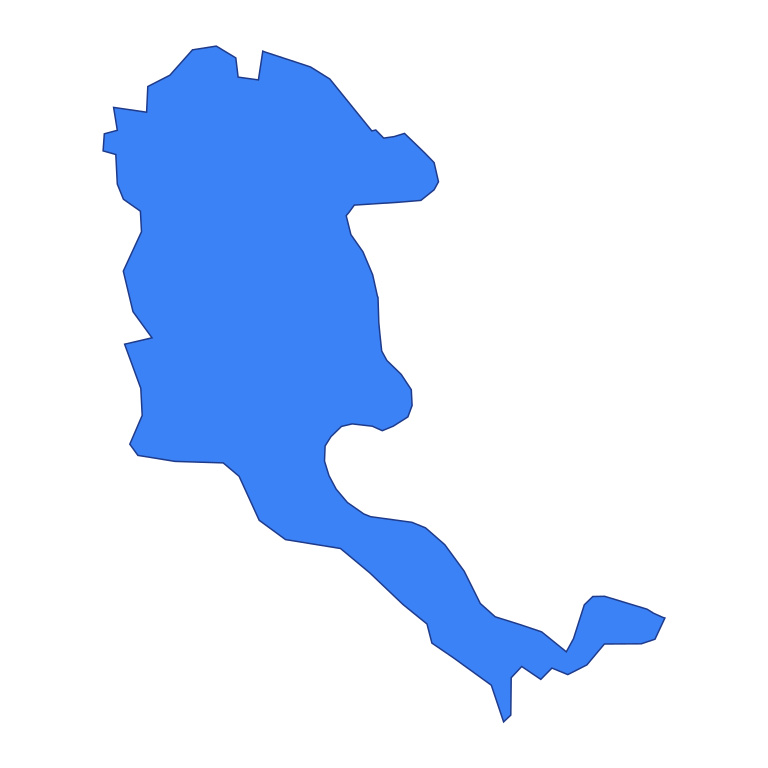 Amudarya, Karakalpakstan, Uzbekistan, rotated 180°
{"feature_id": "79887680B11316331959400", "entity_name": "Amudarya", "entity_type": "district", "adm_level": 2, "iso_a3": "UZB", "parent_name": "Uzbekistan", "parent_adm1": "Karakalpakstan", "projection": "mercator", "projection_center": [60.011, 42.124], "detail": "fine", "context": "isolated", "style": "filled", "palette": "blue", "viewbox_px": 768, "rotation_deg": 180, "n_neighbors": 0, "source": "geoboundaries", "source_scale": "gbopen_adm2", "svg_char_len": 1520}
<svg xmlns="http://www.w3.org/2000/svg" viewBox="0 0 768 768"><g transform="rotate(180 384 384)"><path d="M113.0,128.8L103.1,150.0L104.9,150.5L114.3,154.7L120.9,158.8L163.4,171.7L175.2,171.5L183.7,163.2L194.5,129.3L201.7,116.2L226.3,136.1L247.0,143.1L272.8,151.2L287.7,164.5L303.8,196.8L323.2,223.3L342.4,240.1L356.1,245.7L397.3,251.3L404.3,254.1L420.6,265.5L431.8,278.8L439.0,292.3L443.5,306.9L442.9,322.0L437.1,331.3L426.5,341.6L415.8,344.1L395.7,341.8L385.7,337.3L374.6,341.9L360.1,351.1L355.9,362.5L356.7,378.3L359.6,382.7L366.8,393.6L381.1,407.5L386.3,417.0L388.1,433.9L389.2,445.5L390.0,470.8L390.5,471.5L395.3,493.1L405.0,516.1L417.1,533.4L421.8,552.3L418.8,555.9L413.7,562.9L368.9,565.8L363.8,566.2L347.1,567.6L333.9,578.2L329.5,586.2L333.9,605.4L343.4,615.2L363.5,634.6L373.9,631.4L384.3,629.9L392.2,638.0L396.2,637.1L438.2,689.0L457.4,701.0L472.5,706.0L503.3,716.1L505.2,716.9L509.6,688.1L529.9,690.9L532.2,710.1L551.7,721.9L575.5,718.2L598.1,692.8L620.2,681.5L621.4,655.8L654.4,660.6L650.7,637.7L663.7,634.2L664.9,617.1L652.2,613.5L650.7,583.9L644.6,568.8L627.6,556.8L626.5,536.3L644.7,496.9L635.0,456.3L616.0,430.2L643.4,423.8L627.2,379.6L625.8,352.6L638.2,323.8L630.1,312.6L593.0,306.6L544.8,305.1L528.9,291.7L508.8,247.7L482.5,228.4L427.5,219.5L398.3,195.2L364.9,163.4L341.0,144.0L336.1,124.9L315.0,110.5L276.7,82.8L264.4,46.1L257.2,52.9L256.8,90.3L246.3,101.5L227.2,88.6L216.1,99.9L200.2,93.4L181.1,103.1L163.6,124.0L126.7,124.2L113.0,128.8Z" fill="#3b82f6" stroke="#1e3a8a" stroke-width="1.5"/></g></svg>